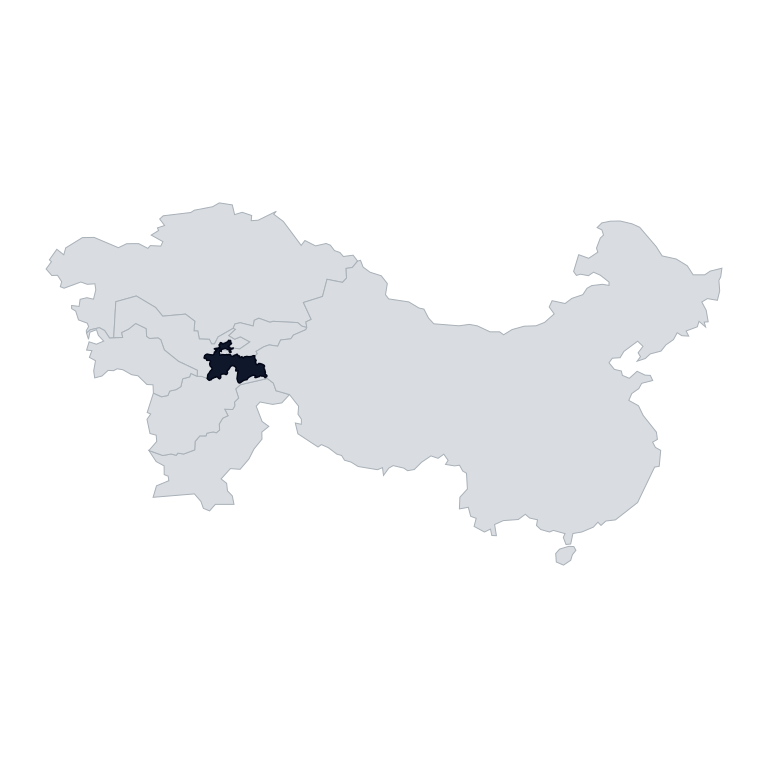 Tajikistan highlighted, Robinson projection
{"feature_id": "TJK", "entity_name": "Tajikistan", "entity_type": "country or territory", "adm_level": 0, "iso_a3": "TJK", "parent_name": "Asia", "parent_adm1": "", "projection": "robinson", "projection_center": [70.744, 38.86], "detail": "fine", "context": "with_neighbors", "style": "filled", "palette": "ink", "viewbox_px": 768, "rotation_deg": 0, "n_neighbors": 7, "source": "natural_earth", "source_scale": "50m", "svg_char_len": 11610}
<svg xmlns="http://www.w3.org/2000/svg" viewBox="0 0 768 768"><path d="M357.6,261.1L352.3,267.5L346.1,268.4L346.5,278.1L342.5,282.4L327.0,279.3L322.5,296.5L303.4,302.5L311.2,319.4L305.9,321.9L306.8,327.5L301.8,326.1L297.7,322.6L272.9,321.3L270.1,322.3L258.8,318.2L254.3,320.3L253.2,326.0L240.1,322.7L234.9,324.0L233.2,328.3L218.1,336.9L214.5,343.9L211.6,343.9L209.4,339.3L199.3,339.0L197.8,331.0L194.0,330.9L194.8,321.2L185.5,314.1L162.7,316.2L155.6,307.5L136.3,296.0L115.8,301.7L113.7,337.6L109.6,338.1L104.6,330.5L99.4,327.7L90.3,329.8L86.5,333.0L86.3,330.6L88.6,326.6L87.3,323.2L78.5,319.9L75.7,311.1L71.6,308.6L71.6,305.5L79.1,306.4L80.1,299.3L86.9,297.7L93.5,299.2L95.8,289.8L94.9,283.8L87.2,284.3L80.9,282.0L64.1,288.2L60.3,286.7L61.7,281.7L57.5,275.3L51.8,275.5L46.1,269.0L51.4,261.7L49.4,259.8L56.8,249.3L63.8,254.8L65.7,247.9L82.4,237.6L94.1,237.4L118.4,247.7L126.7,243.7L138.6,243.6L147.9,248.4L150.3,245.6L160.8,246.1L162.9,241.6L151.2,235.1L158.6,230.5L157.4,227.9L164.6,225.5L159.7,219.0L163.2,215.8L190.8,212.5L194.4,210.2L212.7,206.7L219.3,202.9L232.3,204.9L234.6,214.6L242.2,212.3L251.7,215.5L251.2,220.7L258.2,220.2L276.3,211.3L273.7,214.2L283.4,221.5L301.2,245.4L304.9,240.5L315.5,245.9L326.1,243.5L330.4,245.2L334.5,250.6L339.9,252.5L343.4,256.5L353.1,255.2L357.6,261.1Z" fill="#d9dde1" stroke="#a8b0b8" stroke-width="1"/><path d="M113.7,337.6L115.8,301.7L136.3,296.0L155.6,307.5L162.7,316.2L185.5,314.1L194.8,321.2L194.0,330.9L197.8,331.0L199.3,339.0L209.4,339.3L211.6,343.9L214.5,343.9L218.1,336.9L233.2,328.3L235.5,329.3L228.8,335.6L234.7,339.2L240.4,336.8L249.9,341.9L239.7,349.0L230.3,348.3L229.1,345.5L230.8,341.0L220.1,343.3L213.7,355.0L207.0,354.5L204.8,358.8L210.7,361.2L212.4,368.5L207.7,378.4L197.1,376.3L197.4,370.3L178.4,361.3L164.3,349.9L160.8,339.8L158.2,338.0L149.5,338.5L146.6,336.5L146.1,328.7L135.7,323.6L128.7,329.2L121.7,332.6L122.7,337.5L113.7,337.6Z" fill="#d9dde1" stroke="#a8b0b8" stroke-width="1"/><path d="M289.5,394.6L281.8,402.9L272.6,404.4L260.1,402.0L256.2,406.2L262.1,421.5L268.8,426.4L261.8,432.1L262.0,439.1L254.0,449.0L248.9,459.0L240.1,469.3L230.4,468.6L221.1,478.9L226.6,483.3L227.5,490.9L232.3,495.9L234.0,504.4L215.3,504.4L209.6,510.9L203.4,508.4L200.9,501.4L194.4,493.9L153.1,497.3L156.5,485.8L168.8,480.7L168.2,476.2L164.2,474.6L164.1,465.9L156.2,461.6L148.9,450.5L162.8,455.5L171.2,454.0L176.2,455.3L177.9,453.1L183.7,454.0L194.7,449.9L195.1,441.5L199.8,435.9L206.0,435.9L206.9,433.2L213.3,431.9L216.3,432.8L219.6,430.0L219.2,424.1L222.7,418.2L228.0,415.7L224.7,409.2L232.6,409.5L234.8,405.9L234.5,402.1L238.6,398.0L235.7,388.9L240.4,384.7L267.3,378.5L273.4,383.1L276.0,390.7L289.5,394.6Z" fill="#d9dde1" stroke="#a8b0b8" stroke-width="1"/><path d="M197.1,376.3L201.6,376.4L210.2,379.6L216.1,376.5L218.8,378.4L221.5,373.9L226.3,374.1L228.5,368.7L231.9,365.3L236.3,367.5L235.4,370.5L237.9,371.0L237.2,379.2L240.4,382.4L246.8,379.4L251.8,375.0L265.8,375.7L267.3,378.5L240.4,384.7L235.7,388.9L238.6,398.0L234.5,402.1L234.8,405.9L232.6,409.5L224.7,409.2L228.0,415.7L222.7,418.2L219.2,424.1L219.6,430.0L216.3,432.8L213.3,431.9L206.9,433.2L206.0,435.9L199.8,435.9L195.1,441.5L194.7,449.9L183.7,454.0L177.9,453.1L176.2,455.3L171.2,454.0L162.8,455.5L148.9,450.5L156.7,441.5L156.2,435.2L150.0,433.5L147.0,419.4L150.7,414.0L147.2,412.5L153.4,393.1L161.6,396.8L167.9,395.5L169.7,391.1L176.2,389.6L180.9,386.6L182.7,378.8L189.6,376.9L190.9,373.4L197.1,376.3Z" fill="#d9dde1" stroke="#a8b0b8" stroke-width="1"/><path d="M233.2,328.3L234.9,324.0L240.1,322.7L253.2,326.0L254.3,320.3L258.8,318.2L270.1,322.3L272.9,321.3L297.7,322.6L301.8,326.1L306.8,327.5L305.8,329.7L293.5,335.0L290.8,338.8L280.6,340.0L277.7,346.2L269.2,344.9L263.7,346.8L256.1,351.4L257.3,353.7L255.0,356.0L239.8,357.5L229.9,354.3L221.1,355.0L221.9,349.4L230.7,351.0L233.6,348.0L239.7,349.0L249.9,341.9L240.4,336.8L234.7,339.2L228.8,335.6L235.5,329.3L233.2,328.3Z" fill="#d9dde1" stroke="#a8b0b8" stroke-width="1"/><path d="M86.5,333.0L90.3,329.8L99.4,327.7L104.6,330.5L109.6,338.1L122.7,337.5L121.7,332.6L128.7,329.2L135.7,323.6L146.1,328.7L146.6,336.5L149.5,338.5L158.2,338.0L160.8,339.8L164.3,349.9L178.4,361.3L197.4,370.3L197.1,376.3L190.9,373.4L189.6,376.9L182.7,378.8L180.9,386.6L176.2,389.6L169.7,391.1L167.9,395.5L161.6,396.8L153.4,393.1L153.0,384.8L146.9,384.5L138.0,375.8L131.6,374.7L122.8,369.7L117.1,368.8L113.5,370.7L108.1,370.4L102.0,376.0L94.7,377.9L93.7,370.9L95.5,360.7L89.4,357.4L91.9,350.6L86.6,350.1L89.1,341.8L96.4,344.2L103.7,341.1L98.3,335.3L96.5,329.7L89.9,332.2L88.5,339.3L86.5,333.0Z" fill="#d9dde1" stroke="#a8b0b8" stroke-width="1"/><path d="M563.5,565.1L556.3,562.0L555.7,553.5L559.6,549.1L568.8,546.3L573.8,546.6L575.9,550.3L572.4,554.7L570.7,560.3L563.5,565.1ZM306.8,327.5L305.9,321.9L311.2,319.4L303.4,302.5L322.5,296.5L327.0,279.3L342.5,282.4L346.5,278.1L346.1,268.4L352.3,267.5L357.6,261.1L360.5,260.3L363.1,267.1L370.0,272.2L381.3,275.8L387.3,283.5L385.5,294.7L388.7,298.9L408.8,301.9L418.9,308.0L423.9,309.1L428.5,318.0L433.8,323.8L459.0,325.8L469.4,324.4L477.4,325.9L490.0,331.8L499.6,331.8L503.6,334.8L512.0,329.6L524.2,326.2L536.0,325.8L544.6,322.4L554.2,313.9L549.2,307.0L552.1,300.7L565.1,303.5L571.8,298.4L582.8,294.7L587.0,288.3L591.7,285.6L602.6,284.3L609.0,285.4L609.0,282.0L600.3,275.2L593.5,272.2L588.4,275.7L580.5,274.2L576.4,275.4L573.6,271.5L578.7,254.7L588.7,258.3L597.8,252.2L596.5,248.1L600.3,238.1L603.5,235.1L601.9,229.9L597.1,227.6L601.8,222.9L610.4,221.2L620.1,221.0L632.0,223.8L639.7,227.3L656.2,246.6L662.1,255.9L676.2,259.0L687.3,265.8L693.1,274.8L704.8,274.8L710.2,271.1L721.9,268.2L720.7,276.9L718.9,280.4L719.7,290.9L717.4,300.3L707.4,298.6L701.8,302.0L706.2,310.3L708.2,321.8L704.2,322.1L705.6,327.0L699.0,321.3L697.3,326.8L686.1,331.0L688.7,336.1L681.8,335.7L677.2,332.7L673.5,339.6L666.0,344.8L661.0,351.1L650.3,353.9L645.3,358.5L637.1,361.2L640.5,356.7L638.1,352.8L643.0,346.3L637.6,341.2L623.9,351.4L620.1,357.7L612.3,358.2L609.0,362.8L614.4,369.4L621.3,371.0L622.4,375.4L629.3,378.3L637.1,371.3L645.0,375.1L650.3,375.4L652.7,380.5L641.7,383.3L638.8,388.6L631.8,393.5L628.8,400.4L638.5,405.8L643.2,415.5L656.4,432.1L657.4,439.4L652.6,442.1L655.4,447.4L660.7,450.4L659.2,466.3L654.6,467.1L637.6,502.5L615.4,519.9L605.9,521.0L601.0,525.4L597.9,522.2L593.4,527.1L581.8,532.0L572.9,533.5L570.7,544.0L566.0,544.5L563.3,537.4L565.0,533.6L553.4,530.4L549.5,532.0L540.7,529.5L536.5,525.5L537.5,519.8L529.6,518.0L525.3,514.3L518.3,519.5L503.3,520.6L494.6,524.5L496.4,535.7L491.8,535.5L490.5,529.1L484.4,532.0L474.1,526.4L476.2,518.3L470.7,516.3L468.3,507.3L459.4,508.9L459.9,497.2L467.4,489.0L466.5,473.3L462.7,471.0L459.5,465.2L454.6,465.9L445.5,464.4L448.1,460.3L443.8,454.2L438.1,458.3L430.9,455.9L421.6,462.2L414.3,469.5L407.6,470.7L403.8,468.1L393.2,465.6L388.8,468.1L383.5,475.4L382.5,467.6L377.5,469.7L358.1,466.5L351.1,462.1L344.5,460.2L341.6,455.5L336.8,454.1L328.2,447.6L321.4,444.6L318.0,447.0L297.9,433.8L295.3,423.0L301.3,424.3L301.4,419.3L298.0,414.2L298.6,406.2L289.5,394.6L276.0,390.7L273.4,383.1L267.3,378.5L265.8,375.7L264.7,366.3L259.8,364.1L257.2,365.1L255.0,356.0L257.3,353.7L256.1,351.4L263.7,346.8L269.2,344.9L277.7,346.2L280.6,340.0L290.8,338.8L293.5,335.0L305.8,329.7L306.8,327.5Z" fill="#d9dde1" stroke="#a8b0b8" stroke-width="1"/><path d="M207.2,378.2L207.5,377.4L207.7,375.1L208.1,374.2L209.3,372.8L209.9,371.6L210.6,370.7L211.1,370.4L211.6,369.7L212.0,368.9L212.1,368.4L212.1,368.0L211.9,367.7L211.3,367.1L210.4,366.3L210.0,365.4L209.7,364.2L209.7,363.5L210.5,361.3L210.4,360.9L210.1,360.6L209.7,360.4L209.0,360.3L208.3,360.4L207.4,360.4L206.8,360.3L206.7,360.1L206.6,359.1L206.5,358.9L206.2,358.7L204.5,358.3L204.2,358.1L204.1,357.8L204.7,355.6L205.0,355.5L205.3,355.1L205.7,354.7L207.1,354.1L208.6,354.4L210.0,354.7L211.3,354.8L211.8,354.9L212.6,355.0L213.1,354.9L213.4,354.7L214.1,354.0L214.3,352.9L214.5,352.0L214.9,351.9L215.3,352.0L215.5,351.8L215.6,351.5L215.6,351.3L215.8,351.3L216.1,351.5L216.4,351.3L216.3,351.1L216.0,350.8L215.7,350.3L215.8,350.1L215.9,349.9L216.7,349.7L217.1,349.7L217.2,349.2L216.9,349.1L215.7,349.1L214.6,349.1L214.4,348.9L214.5,348.8L214.7,348.6L217.1,348.2L218.3,348.3L219.3,348.6L219.7,348.5L219.2,347.6L219.8,347.5L219.9,347.2L219.1,344.9L219.6,344.7L220.0,344.2L220.0,343.3L220.3,342.9L220.8,342.6L221.5,342.9L222.5,343.8L222.8,343.9L223.2,344.0L223.7,343.7L225.5,342.9L226.6,342.4L227.8,341.7L228.0,341.4L228.5,340.4L229.0,340.4L230.1,341.5L230.7,342.2L230.7,342.4L230.6,342.6L230.6,342.8L231.5,343.2L231.5,343.3L231.3,343.7L231.2,343.9L229.9,344.9L228.5,346.0L228.4,346.4L228.4,346.6L228.7,346.9L229.2,347.0L229.7,347.2L230.0,347.8L230.3,348.3L230.7,348.4L232.7,348.1L233.1,348.1L233.0,348.6L231.4,349.1L230.6,349.6L230.5,350.4L230.3,350.6L229.9,350.8L229.6,350.9L229.1,349.9L228.5,349.7L227.7,349.4L226.0,348.7L225.2,348.4L223.6,348.8L221.7,349.4L221.4,349.8L221.2,350.2L221.2,350.5L221.3,350.9L221.3,351.2L220.9,351.3L220.4,350.9L219.9,350.7L219.7,351.2L219.4,352.1L219.3,352.7L219.7,353.7L219.8,355.0L220.6,355.0L221.1,355.0L222.2,354.6L222.8,354.6L223.6,354.7L225.1,354.8L226.3,354.7L226.5,354.7L226.8,354.5L227.1,354.6L227.4,354.9L228.6,354.5L229.5,354.4L230.0,354.5L230.3,354.7L230.9,355.6L231.3,356.1L231.9,356.3L233.5,356.2L234.0,355.4L234.4,355.2L235.1,355.1L235.7,354.9L236.1,354.6L236.7,354.3L237.3,354.3L237.5,354.5L237.6,354.8L237.6,355.1L237.5,355.5L237.9,355.8L238.9,355.8L239.4,356.0L239.4,356.5L239.3,357.2L239.8,357.5L240.0,357.5L241.5,356.8L241.9,356.7L242.2,357.2L242.7,357.6L243.4,358.2L243.6,358.1L243.8,357.5L244.4,356.9L245.5,356.7L246.1,356.5L246.7,356.4L248.6,356.7L249.2,356.7L250.5,356.6L251.5,356.5L252.3,356.2L252.7,355.9L253.4,355.7L254.2,355.7L254.7,355.8L254.7,356.3L254.6,357.3L254.5,358.0L255.2,359.2L255.6,359.8L256.0,360.2L256.1,360.5L256.0,360.8L255.5,361.0L255.3,361.3L255.2,361.6L255.4,362.0L255.7,363.2L256.1,364.1L256.7,364.5L257.5,364.8L257.9,364.7L258.2,364.1L258.8,363.5L259.2,363.6L259.9,363.5L261.9,364.1L263.7,365.0L264.3,365.5L264.5,366.1L264.0,367.3L264.0,368.1L264.2,369.0L264.6,369.7L265.0,370.8L265.1,371.7L265.3,371.9L265.4,372.3L265.2,373.1L265.1,373.9L265.3,374.2L265.8,374.6L266.8,375.4L266.9,376.1L266.6,376.5L266.1,377.0L265.3,377.4L265.1,377.6L264.6,377.0L263.8,376.3L263.2,376.0L262.1,376.1L261.5,376.0L260.7,375.7L260.0,375.8L259.5,376.2L259.2,376.6L258.5,376.7L257.5,377.1L255.8,377.6L255.1,377.5L254.9,377.3L255.0,377.0L255.6,376.6L255.7,376.2L255.6,375.7L255.1,375.6L254.9,375.6L254.6,375.5L253.6,375.2L252.8,375.3L251.5,375.8L248.9,377.2L247.8,378.2L247.0,379.6L244.6,380.0L242.9,380.8L241.2,382.1L240.0,382.9L239.5,383.0L238.9,382.8L238.4,382.5L237.8,381.4L237.3,379.7L237.0,378.6L237.2,377.2L237.4,375.6L237.6,373.9L237.9,372.0L238.2,371.4L238.2,370.9L238.0,370.7L237.4,370.7L236.7,370.9L236.1,371.0L235.8,370.8L235.8,369.9L236.2,368.4L235.6,367.0L233.9,365.9L232.5,365.5L231.4,365.9L230.4,366.7L229.6,368.1L228.8,369.3L227.9,370.2L227.3,370.6L227.1,370.8L227.0,371.1L227.5,372.3L227.4,373.3L226.9,374.1L226.4,374.5L225.8,374.5L225.3,374.3L224.9,374.0L223.9,373.9L222.4,374.0L221.3,374.4L220.7,375.1L220.5,375.9L220.8,377.0L220.6,377.8L220.1,378.4L219.7,378.7L219.4,378.8L218.7,378.3L217.7,377.2L216.9,376.7L216.5,376.6L216.3,376.6L216.1,376.7L215.9,376.9L215.8,377.2L215.5,377.3L215.0,377.2L214.6,377.3L214.3,377.6L213.6,378.0L212.3,378.5L211.6,379.0L211.4,379.5L211.2,379.7L210.8,379.6L209.7,380.3L208.8,380.1L207.8,379.2L207.2,378.5L207.2,378.2ZM231.1,352.1L230.4,352.5L229.9,352.4L229.6,352.1L229.4,351.7L230.0,351.7L230.8,351.8L231.1,351.9L231.1,352.1ZM230.7,341.3L230.0,340.8L229.9,340.5L230.1,340.4L230.4,340.6L230.7,341.0L230.7,341.3Z" fill="#0f172a" stroke="#020617" stroke-width="1.5"/></svg>